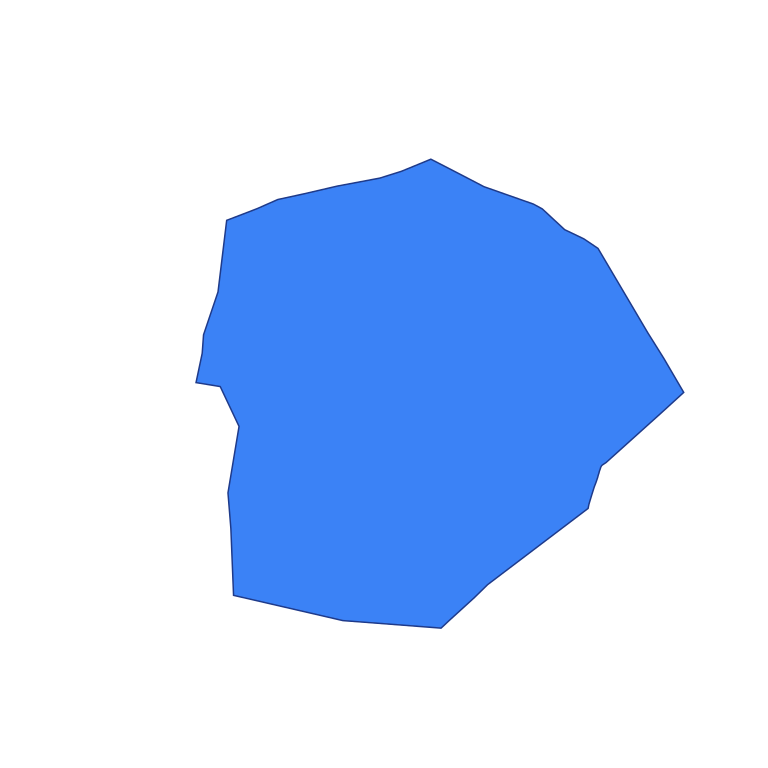 the district of Delgerex, Dornogovi, Mongolia, rotated 320°
{"feature_id": "93677404B19423988530826", "entity_name": "Delgerex", "entity_type": "district", "adm_level": 2, "iso_a3": "MNG", "parent_name": "Mongolia", "parent_adm1": "Dornogovi", "projection": "robinson", "projection_center": [111.393, 45.854], "detail": "fine", "context": "isolated", "style": "filled", "palette": "blue", "viewbox_px": 768, "rotation_deg": 320, "n_neighbors": 0, "source": "geoboundaries", "source_scale": "gbopen_adm2", "svg_char_len": 819}
<svg xmlns="http://www.w3.org/2000/svg" viewBox="0 0 768 768"><g transform="rotate(320 384 384)"><path d="M270.8,607.7L281.7,607.1L316.2,605.7L334.4,604.3L460.4,610.5L463.5,608.0L465.6,606.6L471.4,602.8L478.9,598.0L483.4,595.5L487.5,593.0L489.9,591.3L491.1,590.6L491.8,590.1L492.6,589.5L493.4,589.0L495.0,588.1L495.5,587.8L496.1,587.3L496.8,587.0L498.0,586.5L499.2,586.4L503.5,586.9L579.5,584.3L608.2,583.1L614.8,544.4L617.9,522.3L619.0,514.3L635.1,417.7L630.4,401.3L621.6,381.9L617.8,351.6L614.1,342.2L587.4,297.1L577.4,272.9L564.4,241.9L533.9,232.2L513.2,223.6L475.7,202.5L445.0,186.9L421.2,174.4L399.2,168.0L368.7,157.5L316.0,206.8L277.4,230.3L264.5,243.6L240.9,262.1L256.9,280.7L245.7,323.3L194.5,367.1L173.7,396.4L132.9,449.2L200.4,538.8L270.8,607.7Z" fill="#3b82f6" stroke="#1e3a8a" stroke-width="1.5"/></g></svg>